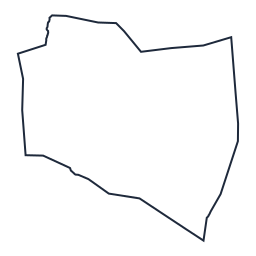 Chandmani, Govi-Altay, Mongolia
{"feature_id": "93677404B36095264987417", "entity_name": "Chandmani", "entity_type": "district", "adm_level": 2, "iso_a3": "MNG", "parent_name": "Mongolia", "parent_adm1": "Govi-Altay", "projection": "equal_earth", "projection_center": [97.862, 45.436], "detail": "fine", "context": "isolated", "style": "outline", "palette": "slate", "viewbox_px": 256, "rotation_deg": 0, "n_neighbors": 0, "source": "geoboundaries", "source_scale": "gbopen_adm2", "svg_char_len": 904}
<svg xmlns="http://www.w3.org/2000/svg" viewBox="0 0 256 256"><path d="M231.2,37.2L203.3,45.5L171.1,48.1L141.0,51.8L124.0,31.1L116.1,23.1L98.1,22.5L66.1,15.9L52.1,15.4L49.5,17.8L49.6,19.4L49.2,21.2L49.1,21.6L48.3,22.1L48.0,22.7L47.7,24.5L47.6,25.7L47.5,26.6L47.3,27.3L46.7,28.2L46.7,29.4L47.4,30.3L48.1,31.0L48.1,31.8L48.2,32.8L47.8,33.9L47.7,34.9L47.2,35.4L47.1,36.6L46.6,37.9L46.3,38.3L46.3,39.0L46.2,39.5L46.3,40.2L45.6,44.8L17.9,53.7L23.1,78.9L22.2,110.1L25.6,155.2L43.1,155.6L69.4,167.7L70.1,168.1L70.4,169.2L70.9,170.6L71.7,171.2L72.2,171.7L72.8,172.3L73.5,172.8L74.4,173.8L75.0,174.3L75.6,174.6L77.0,174.7L78.3,174.8L88.4,179.1L108.8,193.6L139.5,198.4L185.6,228.9L203.5,240.6L206.8,217.7L207.9,216.7L208.3,216.2L208.5,215.8L208.6,215.3L208.8,215.1L209.0,214.9L209.6,213.8L210.7,211.4L220.6,194.1L237.9,141.2L238.1,123.6L235.6,93.2L231.2,37.2Z" fill="none" stroke="#1e293b" stroke-width="2"/></svg>